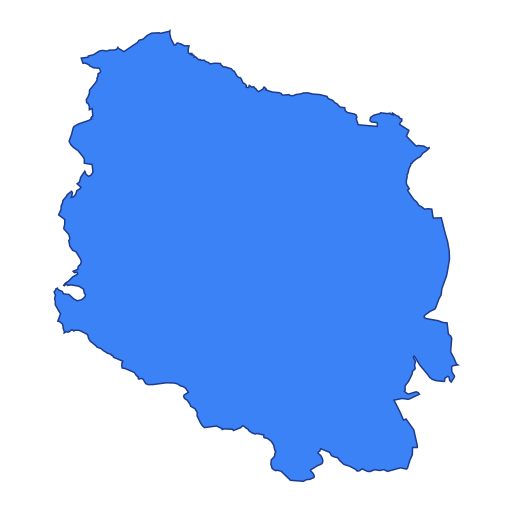 Garbou, Salaj, Romania
{"feature_id": "2599482B85635598983906", "entity_name": "Garbou", "entity_type": "district", "adm_level": 2, "iso_a3": "ROU", "parent_name": "Romania", "parent_adm1": "Salaj", "projection": "orthographic", "projection_center": [23.428, 47.145], "detail": "fine", "context": "isolated", "style": "filled", "palette": "blue", "viewbox_px": 512, "rotation_deg": 0, "n_neighbors": 0, "source": "geoboundaries", "source_scale": "gbopen_adm2", "svg_char_len": 5869}
<svg xmlns="http://www.w3.org/2000/svg" viewBox="0 0 512 512"><path d="M406.5,469.1L407.5,467.9L410.1,459.6L412.3,454.9L412.6,447.5L417.3,447.5L417.2,445.2L413.8,429.9L406.0,419.0L403.5,420.1L400.1,412.2L394.0,400.1L402.1,398.5L408.6,399.3L419.4,394.2L418.2,392.6L416.1,391.8L408.1,394.2L404.3,391.3L405.2,390.0L405.0,386.0L408.5,381.4L412.1,374.1L412.5,371.3L415.2,368.8L414.6,365.1L415.5,361.4L413.4,357.7L413.6,356.5L414.0,356.1L414.8,356.7L419.9,365.2L427.8,374.6L429.7,377.4L432.2,379.3L435.8,380.6L444.2,381.5L444.6,381.0L444.9,378.2L447.8,376.3L449.1,377.2L449.6,380.3L451.2,382.1L454.5,376.8L454.3,375.7L451.9,372.1L451.6,367.0L452.5,365.8L457.9,364.9L456.4,364.0L454.0,358.2L451.0,352.6L450.7,350.6L451.7,338.6L450.7,336.0L448.9,334.6L448.3,333.4L447.1,322.9L442.7,322.4L438.2,320.7L425.8,318.5L424.1,317.1L424.3,315.9L425.3,314.8L430.2,311.3L434.9,309.0L435.7,307.7L439.0,298.7L441.1,295.0L441.9,288.6L446.4,276.2L447.3,272.1L449.5,258.8L449.2,251.1L447.6,241.6L445.1,233.1L441.3,217.8L433.5,218.1L432.9,216.7L431.8,209.1L427.9,208.7L424.6,209.2L421.4,206.6L418.9,205.5L417.0,202.3L413.7,199.4L408.0,191.2L407.6,190.1L409.3,188.8L406.4,184.0L406.3,180.9L407.1,177.3L407.0,175.2L408.0,173.1L408.9,168.9L410.7,165.0L410.8,163.8L412.3,162.9L412.7,161.9L416.5,158.8L420.3,156.6L422.9,153.1L426.2,150.9L429.1,148.2L429.1,147.6L427.4,148.3L423.9,146.1L418.1,145.5L416.5,146.2L414.8,144.8L406.5,136.2L408.9,130.4L399.6,124.4L400.2,122.6L401.8,121.0L401.8,119.0L399.9,118.3L398.6,116.4L396.6,115.8L392.7,113.2L393.0,114.9L390.6,114.0L390.7,113.4L389.9,113.2L387.5,113.6L380.6,112.8L379.8,113.6L373.8,115.2L370.5,117.5L370.0,120.5L371.6,122.0L376.8,122.6L377.4,123.3L377.2,126.4L358.2,124.8L356.2,118.8L356.9,117.4L356.2,115.0L354.4,114.0L347.3,112.5L345.2,110.6L344.7,107.6L340.9,107.3L339.6,106.7L337.1,103.9L334.7,102.6L332.8,100.4L328.2,98.6L327.0,96.4L319.7,94.6L312.5,94.0L307.8,92.8L303.2,93.0L300.9,93.9L296.1,94.5L293.1,95.8L289.9,95.5L289.0,94.6L283.1,95.2L281.7,94.5L281.2,93.5L279.4,92.7L272.6,92.1L265.9,90.0L265.7,89.5L266.2,89.1L264.6,87.2L263.8,87.2L263.1,88.9L258.7,91.7L256.6,90.0L255.7,88.5L254.8,88.2L253.8,86.7L251.9,87.2L249.3,85.4L248.5,87.5L246.2,87.3L246.3,85.4L244.5,83.5L243.1,83.1L241.1,78.7L240.1,77.6L238.7,77.6L236.9,75.9L234.4,71.4L232.6,70.4L231.5,68.9L225.2,66.9L223.6,67.0L221.0,64.9L220.5,63.5L215.2,63.2L209.9,63.9L208.8,62.7L205.4,61.4L204.3,60.2L201.2,60.3L199.9,59.4L198.8,59.9L195.7,56.9L194.0,57.1L194.1,55.8L193.5,55.0L192.2,55.1L191.9,53.4L190.3,53.5L190.6,54.2L188.4,53.0L188.1,49.9L189.0,45.8L184.3,45.8L181.0,44.0L177.7,43.0L176.8,43.2L175.6,44.9L174.3,45.2L170.6,38.1L170.3,35.4L169.7,33.9L169.9,30.7L169.0,31.4L160.1,33.4L159.3,32.8L151.8,33.1L147.1,35.5L143.1,39.2L138.9,40.3L137.6,42.4L124.0,51.6L118.4,48.4L117.9,47.4L116.6,49.3L114.8,50.0L109.3,50.1L107.0,51.1L102.7,50.4L99.2,51.1L93.6,54.7L88.3,56.0L88.0,57.2L81.2,58.1L83.0,63.3L85.0,63.0L87.1,63.9L88.9,64.8L89.7,65.9L93.6,67.8L99.4,68.3L100.7,71.4L100.0,72.6L98.1,73.7L97.9,75.0L98.2,75.7L96.9,78.4L97.2,78.8L96.9,80.4L95.5,82.8L89.5,90.1L89.4,93.2L87.9,97.1L86.3,99.6L86.6,102.7L87.9,103.4L89.3,106.0L89.3,109.7L92.2,108.6L92.8,116.3L91.6,116.8L91.2,117.6L91.0,118.5L91.6,118.4L91.6,118.9L88.6,120.5L78.4,124.0L74.0,126.5L73.2,127.9L71.5,134.5L69.1,141.2L70.8,144.7L73.4,147.4L78.1,150.7L83.5,157.4L84.3,159.0L84.3,163.2L92.1,164.5L93.0,172.2L90.9,175.3L88.7,176.3L86.4,174.7L85.4,173.2L85.4,172.0L84.7,172.0L84.6,171.5L80.7,177.3L79.5,181.9L77.1,183.8L81.0,187.2L79.8,188.8L76.8,190.7L75.9,193.8L74.6,195.9L72.7,197.2L71.3,197.4L71.8,196.3L72.4,192.4L71.5,191.3L67.2,194.7L66.5,196.2L63.0,200.4L62.5,203.0L61.1,206.2L61.1,209.2L58.6,214.9L64.8,219.5L64.7,224.5L63.8,227.8L64.0,229.1L68.9,234.5L69.7,238.1L69.7,239.1L68.8,240.6L69.8,246.1L72.6,250.3L75.7,251.5L77.0,253.3L80.7,259.4L81.3,261.8L80.4,264.4L78.3,266.3L77.8,269.3L73.1,271.3L74.4,272.7L77.2,272.3L77.8,274.1L72.8,276.8L68.6,281.1L65.5,283.1L63.7,285.3L64.4,285.7L66.2,284.0L67.7,285.4L71.3,284.9L78.9,286.2L83.5,289.1L84.4,293.5L85.5,294.6L85.2,296.4L83.1,298.6L81.2,299.9L77.2,300.8L73.6,298.8L69.0,294.5L63.6,293.9L62.2,291.5L58.9,290.0L57.5,288.8L57.4,288.2L56.0,288.8L55.4,290.5L54.1,291.9L55.5,295.3L54.6,298.5L55.3,301.5L55.3,304.8L60.5,313.9L57.8,321.2L59.6,321.6L62.4,323.9L63.1,326.4L63.1,328.1L64.3,331.5L64.2,332.9L66.4,331.6L67.8,332.2L69.6,331.6L70.4,330.5L72.4,329.8L73.8,331.0L75.0,330.2L79.5,330.4L87.2,334.3L87.8,335.2L88.6,338.5L90.3,341.2L96.0,345.8L96.9,347.0L101.4,348.8L103.1,350.4L107.6,353.3L110.2,353.9L111.8,355.4L112.6,355.5L113.6,357.3L122.8,361.2L121.9,363.3L121.8,366.1L122.2,368.0L125.3,368.6L134.3,372.4L136.6,375.8L138.1,376.6L138.3,378.7L139.0,379.1L141.3,378.4L143.2,379.4L145.7,383.6L148.1,384.6L152.5,384.6L166.4,382.8L174.3,383.0L177.7,384.0L180.3,385.8L183.4,386.7L185.6,388.2L188.4,392.3L184.1,395.0L183.7,396.1L184.0,397.5L184.8,398.7L187.2,400.2L189.8,403.9L190.7,406.3L195.0,408.7L197.3,412.6L197.1,415.9L200.4,422.7L202.3,425.7L204.5,427.6L216.5,426.0L222.0,428.6L222.1,429.5L224.3,428.9L232.5,429.3L233.4,430.5L240.6,427.7L242.7,425.7L244.4,426.5L246.6,428.5L247.6,428.7L249.1,430.9L252.2,433.0L255.1,434.0L257.2,433.5L263.8,435.0L263.8,437.0L264.3,437.7L267.3,438.3L271.2,441.2L273.7,445.1L274.8,450.2L275.7,451.5L275.0,453.3L274.5,456.4L271.3,459.8L270.9,464.3L272.0,468.1L273.7,469.7L276.0,470.7L276.9,470.2L281.0,471.1L290.5,480.3L303.4,481.3L306.3,479.7L310.1,479.3L313.8,477.6L314.2,477.0L314.2,475.6L312.9,473.2L310.6,470.8L310.5,470.0L316.9,465.9L321.1,464.2L322.5,462.9L322.8,461.1L322.4,458.7L321.0,455.9L318.1,453.2L318.0,452.4L319.9,451.0L320.6,448.7L329.6,452.3L331.5,455.6L333.7,456.7L337.7,457.7L339.6,460.5L344.1,464.5L349.7,466.2L355.8,469.5L357.2,471.1L359.5,470.7L362.0,468.8L367.3,471.3L369.9,471.6L374.6,469.7L379.7,470.5L384.0,469.6L387.5,471.4L400.5,467.8L406.5,469.1Z" fill="#3b82f6" stroke="#1e3a8a" stroke-width="1.5"/></svg>